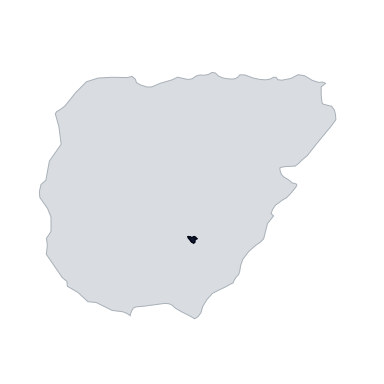 Quebracho, Cerro Largo, Uruguay shown in context, rotated 82°
{"feature_id": "84410073B4065456644538", "entity_name": "Quebracho", "entity_type": "district", "adm_level": 2, "iso_a3": "URY", "parent_name": "Uruguay", "parent_adm1": "Cerro Largo", "projection": "equal_earth", "projection_center": [-54.796, -32.593], "detail": "fine", "context": "in_parent", "style": "filled", "palette": "ink", "viewbox_px": 384, "rotation_deg": 82, "n_neighbors": 0, "source": "geoboundaries", "source_scale": "gbopen_adm2", "svg_char_len": 2669}
<svg xmlns="http://www.w3.org/2000/svg" viewBox="0 0 384 384"><g transform="rotate(82 192 192)"><path d="M305.9,270.4L303.6,272.7L301.0,277.1L298.1,287.7L288.1,302.2L286.1,310.4L275.5,319.0L268.0,328.6L263.1,328.3L258.7,332.4L233.5,344.9L224.4,342.6L217.7,342.6L211.4,337.1L197.2,335.1L188.3,337.3L176.3,343.4L172.7,343.3L170.1,343.0L163.6,340.5L160.0,335.1L141.5,328.9L126.5,314.9L108.9,314.7L95.5,316.5L93.4,314.6L92.0,311.0L89.1,305.8L77.4,293.4L68.1,281.1L66.1,269.0L67.2,255.7L69.7,240.1L69.2,235.2L72.5,232.4L75.9,231.8L79.0,227.8L81.9,221.6L82.3,217.0L79.9,208.3L78.2,196.3L76.3,190.3L79.9,180.8L80.0,176.2L77.8,172.1L77.2,167.9L78.1,163.6L77.9,159.5L76.4,155.5L77.4,152.3L80.8,149.7L83.3,145.7L85.0,140.3L85.8,136.2L85.8,133.4L84.7,130.7L82.6,128.2L83.5,123.2L87.5,115.8L90.0,109.1L91.2,103.3L91.0,98.6L89.7,95.1L90.2,92.7L92.7,91.4L93.8,87.6L93.3,78.2L90.6,70.5L92.5,64.4L98.2,57.3L101.1,51.5L101.3,47.2L103.0,44.6L105.8,49.4L113.9,50.6L122.1,50.8L123.4,49.6L126.5,41.9L130.7,39.6L135.3,39.1L140.4,39.5L145.7,44.6L161.0,61.3L172.1,72.9L175.5,78.4L178.5,82.4L180.7,86.2L179.8,96.1L180.0,100.5L180.5,101.7L183.0,101.8L186.8,101.1L189.9,99.0L192.4,95.8L194.8,93.2L196.8,91.9L197.5,89.8L198.6,87.6L199.7,87.1L201.9,88.7L207.1,94.4L211.1,99.6L212.1,102.6L213.7,105.7L215.3,108.4L216.5,111.1L220.4,114.5L224.3,116.7L227.0,114.5L233.7,121.6L248.4,127.6L251.1,131.2L253.7,136.4L258.8,144.1L265.9,151.2L271.7,154.1L277.2,155.8L280.2,157.3L282.3,160.0L285.7,162.9L287.8,164.0L288.5,166.5L290.7,172.2L292.9,179.3L295.3,185.9L300.7,192.3L306.7,197.2L312.9,200.0L316.4,203.5L317.9,207.0L313.7,212.4L309.1,219.1L305.0,224.3L300.8,228.0L299.4,230.5L298.5,234.5L298.4,255.2L298.0,262.9L298.3,265.0L298.9,266.3L301.5,268.4L304.6,270.1L305.9,270.4Z" fill="#d9dde1" stroke="#a8b0b8" stroke-width="1"/><path d="M242.8,197.5L242.7,197.2L242.4,196.7L242.3,196.4L241.8,196.1L241.5,196.0L240.8,196.0L240.5,195.8L240.1,195.8L239.8,195.6L239.5,195.3L239.3,194.8L239.1,194.7L239.1,194.3L239.2,194.0L239.1,193.7L238.9,193.5L238.6,193.8L238.4,194.2L238.2,194.3L237.9,194.4L237.7,194.5L237.3,194.8L237.1,195.0L236.8,195.4L236.6,195.6L236.5,195.8L236.5,196.3L236.5,196.7L236.7,197.1L236.8,197.4L237.1,198.1L237.1,198.5L237.0,198.8L237.0,199.0L236.8,199.1L236.1,199.9L236.0,200.4L236.0,200.6L236.0,201.0L236.1,201.4L236.0,201.5L235.9,201.6L235.7,201.7L235.7,202.0L235.7,202.3L235.8,202.3L236.1,202.3L236.6,202.1L237.2,202.0L237.4,201.8L237.6,201.5L237.8,201.4L238.2,201.2L238.4,201.2L238.7,201.1L239.2,200.6L239.5,200.4L239.8,200.2L240.3,200.1L240.6,200.0L241.0,199.7L241.6,199.3L241.8,198.9L242.4,198.1L242.7,197.5L242.8,197.5Z" fill="#0f172a" stroke="#020617" stroke-width="1.5"/></g></svg>